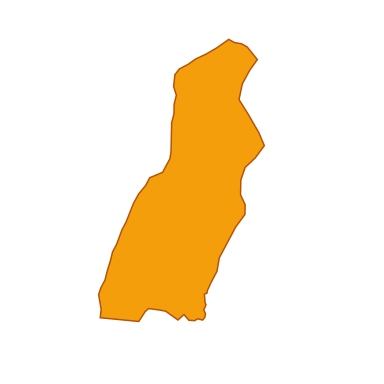 the district of Sukchon, P'yŏngan-namdo, North Korea, rotated 298°
{"feature_id": "82179303B55497026765088", "entity_name": "Sukchon", "entity_type": "district", "adm_level": 2, "iso_a3": "PRK", "parent_name": "North Korea", "parent_adm1": "P'yŏngan-namdo", "projection": "robinson", "projection_center": [125.574, 39.395], "detail": "fine", "context": "isolated", "style": "filled", "palette": "amber", "viewbox_px": 384, "rotation_deg": 298, "n_neighbors": 0, "source": "geoboundaries", "source_scale": "gbopen_adm2", "svg_char_len": 1085}
<svg xmlns="http://www.w3.org/2000/svg" viewBox="0 0 384 384"><g transform="rotate(298 192 192)"><path d="M285.2,122.8L276.6,126.2L270.0,132.8L261.2,135.0L252.5,139.4L243.7,141.5L234.9,145.9L226.2,150.3L217.4,154.7L210.9,156.9L202.1,156.8L195.6,156.8L184.8,148.0L176.0,148.0L165.1,145.8L154.2,145.7L134.6,147.9L125.8,147.9L110.5,150.0L101.8,150.0L93.1,152.2L82.2,154.3L73.4,156.5L64.7,156.5L57.6,157.7L45.7,166.9L37.9,170.0L52.7,205.8L64.3,206.8L68.7,208.4L72.5,218.6L74.4,224.7L72.4,239.7L80.0,242.4L77.3,249.5L79.7,254.8L82.7,256.5L83.9,261.5L87.1,262.2L90.8,261.1L93.5,257.8L99.0,257.3L100.5,255.5L107.5,251.0L109.9,252.7L111.7,251.9L120.5,251.3L133.6,251.3L146.8,247.0L157.7,247.0L170.8,247.0L181.7,247.0L197.0,249.3L205.7,244.9L212.4,236.1L225.5,229.5L238.6,227.4L251.7,231.8L266.9,234.1L275.8,223.1L286.8,205.5L295.7,190.1L311.0,185.7L326.3,185.8L339.6,187.5L346.0,172.6L346.1,166.0L344.7,161.8L343.9,159.4L344.0,152.8L330.9,146.2L320.1,139.5L318.6,138.4L311.4,132.9L302.7,128.5L294.8,123.1L287.5,121.8L285.2,122.8Z" fill="#f59e0b" stroke="#b45309" stroke-width="1.5"/></g></svg>